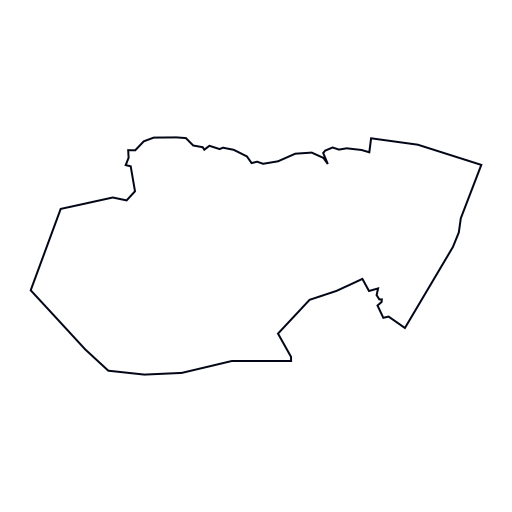 outline of Cabra-Glasnevin Lea-7, Dublin, Ireland
{"feature_id": "5873133B8743652584157", "entity_name": "Cabra-Glasnevin Lea-7", "entity_type": "district", "adm_level": 2, "iso_a3": "IRL", "parent_name": "Ireland", "parent_adm1": "Dublin", "projection": "albers", "projection_center": [-6.301, 53.363], "detail": "fine", "context": "isolated", "style": "outline", "palette": "ink", "viewbox_px": 512, "rotation_deg": 0, "n_neighbors": 0, "source": "geoboundaries", "source_scale": "gbopen_adm2", "svg_char_len": 915}
<svg xmlns="http://www.w3.org/2000/svg" viewBox="0 0 512 512"><path d="M144.4,374.6L181.8,372.9L231.7,361.0L291.1,361.0L291.0,356.8L278.0,333.6L309.6,299.8L336.5,290.9L362.4,278.9L369.0,291.0L378.1,288.4L376.6,295.1L379.3,299.4L381.8,299.4L381.6,302.0L377.5,305.5L383.3,317.8L388.6,316.6L404.9,328.0L452.9,247.0L458.8,232.5L460.8,218.3L481.3,164.9L417.8,144.7L371.1,138.3L369.3,152.3L361.6,150.0L346.7,148.3L339.0,149.6L332.6,147.5L325.2,150.6L323.2,153.0L327.8,164.0L323.4,157.9L311.7,152.6L295.3,153.7L278.0,161.3L263.1,163.8L257.1,161.7L251.6,163.1L246.9,156.4L233.7,149.8L222.9,147.7L219.7,149.1L209.4,145.8L204.3,149.7L202.7,147.2L193.2,145.5L185.9,138.1L176.6,137.4L153.8,137.6L143.8,141.3L135.2,150.3L128.2,150.2L128.6,157.8L125.7,165.1L130.7,166.3L135.0,191.3L126.6,200.4L112.8,197.5L60.7,208.9L30.7,290.3L52.7,314.1L85.2,349.4L108.3,370.7L144.4,374.6Z" fill="none" stroke="#020617" stroke-width="2"/></svg>